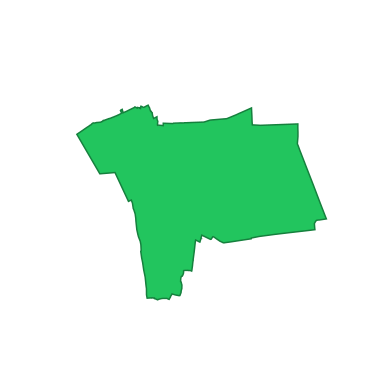 outline of Elburg, Gelderland, Netherlands, rotated 302°
{"feature_id": "6326949B24126125821368", "entity_name": "Elburg", "entity_type": "district", "adm_level": 2, "iso_a3": "NLD", "parent_name": "Netherlands", "parent_adm1": "Gelderland", "projection": "albers", "projection_center": [5.826, 52.416], "detail": "fine", "context": "isolated", "style": "filled", "palette": "green", "viewbox_px": 384, "rotation_deg": 302, "n_neighbors": 0, "source": "geoboundaries", "source_scale": "gbopen_adm2", "svg_char_len": 5346}
<svg xmlns="http://www.w3.org/2000/svg" viewBox="0 0 384 384"><g transform="rotate(302 192 192)"><path d="M240.4,320.2L242.2,317.7L250.9,306.1L259.4,294.9L260.2,293.8L261.6,292.0L269.8,281.0L275.6,273.2L277.0,271.4L277.5,270.7L277.8,270.2L278.3,269.7L278.6,269.2L279.0,268.7L284.9,260.8L285.7,259.8L286.7,258.5L287.2,257.9L288.6,255.9L289.1,255.6L295.1,252.5L298.8,250.2L301.8,248.2L303.5,247.1L305.0,246.2L305.8,245.7L284.8,214.7L283.1,211.6L280.9,207.6L283.3,205.8L288.2,202.5L294.8,197.9L289.6,194.4L285.6,191.7L283.6,190.3L281.1,188.7L272.7,182.7L271.2,180.8L271.1,180.6L263.3,170.2L262.5,169.2L261.8,168.6L258.0,165.4L257.7,165.2L250.7,154.8L250.0,153.8L247.8,150.6L247.2,149.6L246.7,148.9L246.4,148.7L245.1,146.7L244.8,146.1L242.6,142.9L241.9,141.8L240.6,140.0L240.6,139.9L239.9,139.5L238.5,137.1L235.1,131.2L233.0,132.4L232.6,131.6L232.2,130.6L232.0,130.2L231.5,129.4L230.7,127.6L230.4,127.4L230.6,127.2L231.2,126.8L231.9,126.5L232.8,126.0L233.6,125.7L234.3,124.9L235.1,123.8L235.4,123.6L237.2,122.4L234.0,120.5L234.7,119.6L236.2,117.8L236.5,117.6L238.0,116.3L237.9,116.2L238.5,115.1L238.8,114.5L238.7,114.4L238.5,114.2L239.5,112.9L239.7,112.7L240.0,112.3L240.8,111.5L241.0,111.1L241.5,110.2L242.0,109.4L242.4,108.8L241.5,108.2L240.5,107.6L238.4,106.4L238.1,106.0L238.0,105.8L238.0,105.7L237.9,104.7L237.9,104.0L237.9,103.9L237.6,103.2L235.5,104.1L235.3,103.4L235.8,103.2L235.7,103.0L235.6,102.7L235.0,101.6L234.8,100.9L234.6,100.9L234.4,101.0L234.1,101.1L234.0,100.7L234.0,100.0L234.0,99.3L233.9,98.5L233.5,98.4L232.9,98.2L231.5,97.3L230.9,96.9L230.4,96.6L229.8,96.3L229.5,96.0L226.5,94.2L225.7,93.7L224.8,93.1L223.5,92.1L223.1,91.9L222.7,91.6L225.1,89.0L223.9,88.3L223.7,88.5L223.2,88.2L222.9,88.6L221.6,90.5L221.2,90.3L220.9,90.2L220.7,90.1L220.3,89.9L218.1,88.6L217.9,88.5L217.6,88.1L217.3,88.1L216.7,87.6L216.3,87.3L215.9,87.1L215.6,86.8L215.3,86.6L215.0,86.4L214.8,86.2L214.4,86.0L214.1,85.9L213.9,85.6L213.6,85.4L213.4,85.3L213.3,85.2L213.1,84.9L212.7,84.7L211.3,83.7L211.1,83.5L210.9,83.4L210.7,83.1L210.4,82.9L210.1,82.6L209.9,82.4L209.8,82.2L209.4,82.1L209.2,81.9L208.5,81.3L208.4,81.2L208.2,81.1L207.8,80.8L207.5,80.6L207.4,80.5L207.2,80.2L206.9,80.1L206.7,80.0L206.6,79.9L206.4,79.9L206.0,79.5L206.0,79.3L205.9,79.1L205.8,78.9L205.7,78.8L205.3,78.7L205.2,78.7L205.0,78.8L204.9,78.8L204.8,78.7L204.7,78.6L204.4,78.5L204.2,78.5L203.8,78.2L203.6,77.9L203.4,77.8L203.0,77.7L202.9,77.6L202.6,77.4L202.2,76.8L202.0,76.4L201.9,76.3L201.2,75.5L200.9,75.1L200.8,74.8L200.5,74.4L199.2,73.2L198.7,72.6L198.5,72.2L198.4,72.0L198.3,71.7L198.2,71.6L197.9,71.4L197.7,71.3L197.4,71.2L197.0,71.0L196.5,70.9L196.2,70.8L195.7,70.8L195.4,70.7L195.2,70.6L194.9,70.3L194.7,70.2L194.1,70.0L193.4,69.7L192.3,69.3L191.9,69.0L179.9,63.8L158.6,104.2L167.7,116.4L150.4,143.1L153.0,144.8L151.0,147.4L146.8,151.0L146.1,152.1L143.3,155.4L139.7,158.4L137.7,159.8L130.9,165.1L127.4,168.5L125.6,170.4L122.8,174.2L120.2,176.6L115.6,179.8L114.5,180.0L109.6,184.1L105.8,187.7L100.6,192.1L95.0,197.4L88.3,202.6L85.9,204.6L80.7,207.9L78.2,210.2L79.8,212.4L79.8,212.5L80.1,212.9L80.3,213.1L80.5,213.3L80.6,213.7L80.6,213.8L80.9,213.9L81.2,214.3L81.3,214.4L81.3,214.5L81.3,214.8L81.4,215.0L81.5,215.2L81.7,215.5L81.9,215.8L81.8,216.1L82.0,216.1L82.2,216.3L82.2,216.5L82.0,216.8L81.8,216.8L81.8,217.0L81.9,217.4L82.1,217.9L82.1,218.5L82.2,219.0L82.3,219.4L82.4,219.6L82.3,219.8L82.7,220.1L82.8,220.3L83.0,220.4L83.6,220.8L84.0,221.2L84.2,221.4L84.3,221.5L84.9,222.0L85.2,222.3L85.6,222.8L86.2,223.5L87.8,226.0L88.1,226.5L88.4,226.9L88.5,227.2L88.6,228.6L88.7,229.0L88.8,229.5L89.0,229.5L90.4,229.4L91.4,229.4L91.8,229.3L92.4,229.1L92.5,229.1L93.0,229.1L93.6,229.2L94.0,229.2L95.0,229.1L95.0,229.3L95.3,230.2L95.7,231.8L95.8,232.1L96.3,233.6L96.5,233.8L96.9,235.2L97.0,235.4L97.1,235.6L97.3,236.0L97.5,236.3L97.8,236.6L99.3,236.3L100.9,236.0L101.9,235.5L101.9,235.4L104.1,234.7L104.6,234.6L105.8,233.9L107.5,232.9L108.0,232.5L108.1,232.4L108.3,232.1L108.7,231.7L109.2,231.2L109.4,231.0L109.7,230.7L109.9,230.5L110.0,230.3L109.9,230.2L109.9,229.9L110.0,229.8L110.1,229.7L110.7,229.4L112.5,228.4L112.9,228.2L113.9,227.9L114.1,227.8L114.8,227.7L114.9,227.8L115.0,227.8L115.1,228.0L115.3,228.2L115.4,228.3L115.6,228.3L116.0,228.3L116.9,228.2L117.8,228.0L118.2,228.0L118.3,227.9L118.5,227.8L118.7,227.7L119.5,227.4L120.7,226.6L120.8,226.6L121.1,226.7L121.2,226.9L121.8,227.6L122.2,228.2L122.3,228.4L122.4,228.5L122.9,229.4L123.1,229.7L123.3,229.9L123.4,230.0L123.5,230.5L123.9,231.2L124.0,231.4L124.3,231.8L124.5,232.2L124.6,232.7L124.7,233.1L124.8,233.3L124.8,233.6L125.5,233.4L127.2,232.6L129.5,231.6L132.3,230.2L134.8,229.1L135.0,229.1L135.2,228.8L136.6,228.2L141.0,226.2L141.9,225.8L142.3,225.6L143.4,225.1L144.4,224.6L145.3,224.2L149.6,222.1L151.1,221.4L153.2,220.5L153.5,223.0L153.5,223.7L153.7,225.2L154.9,224.9L156.9,224.3L157.1,224.2L157.2,224.3L157.2,224.2L160.6,223.2L161.6,232.7L161.9,233.0L162.2,233.3L165.0,233.3L165.3,233.5L165.4,234.2L165.4,235.4L165.2,238.5L165.2,240.6L165.1,241.0L165.1,241.8L165.2,242.6L165.3,243.2L165.5,245.4L165.6,245.6L166.0,246.2L166.2,246.5L166.5,246.8L169.9,250.9L180.3,263.0L183.7,267.0L184.4,266.7L189.8,272.4L196.4,280.4L199.4,284.0L203.1,288.6L209.6,296.7L221.7,311.9L225.2,316.2L226.3,315.3L230.1,312.5L232.0,312.4L233.8,312.5L235.1,313.8L235.5,314.5L240.4,320.2Z" fill="#22c55e" stroke="#15803d" stroke-width="1.5"/></g></svg>